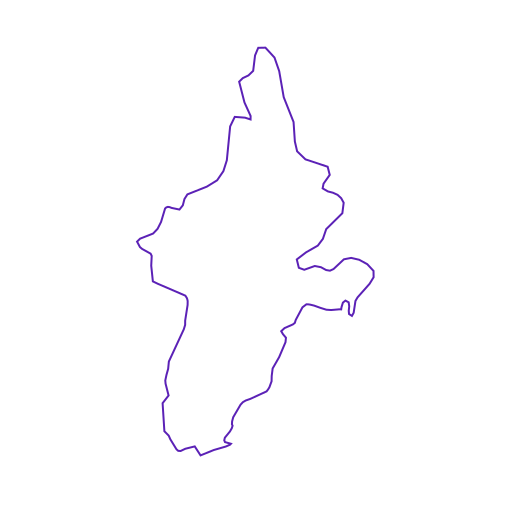 outline of Andijon, rotated 281°
{"feature_id": "UZB-363", "entity_name": "Andijon", "entity_type": "Region", "adm_level": 1, "iso_a3": "UZB", "parent_name": "Uzbekistan", "parent_adm1": "", "projection": "orthographic", "projection_center": [72.284, 40.729], "detail": "fine", "context": "isolated", "style": "outline", "palette": "violet", "viewbox_px": 512, "rotation_deg": 281, "n_neighbors": 0, "source": "natural_earth", "source_scale": "10m", "svg_char_len": 2015}
<svg xmlns="http://www.w3.org/2000/svg" viewBox="0 0 512 512"><g transform="rotate(281 256 256)"><path d="M247.4,136.5L250.9,138.9L258.4,150.7L263.9,154.2L271.3,156.3L285.3,157.7L286.6,158.7L287.4,160.1L287.5,161.9L287.1,164.0L287.0,172.0L291.8,174.5L298.3,174.9L303.4,176.9L314.7,194.5L322.9,203.4L333.1,207.8L344.4,209.1L378.3,205.9L388.5,208.6L389.7,218.8L389.0,224.6L392.4,224.0L404.5,215.4L423.9,206.2L428.1,209.1L431.8,214.1L437.2,217.9L452.7,216.8L458.6,218.0L460.8,218.5L462.3,225.5L454.3,236.3L441.9,243.5L417.2,252.9L394.7,267.3L375.8,272.3L366.6,276.4L360.3,286.1L357.3,309.3L349.7,312.9L339.9,308.5L335.1,308.5L333.1,314.3L332.8,319.4L331.6,324.4L329.0,328.6L325.0,331.9L314.5,332.6L295.8,319.8L285.6,318.4L278.0,314.7L269.2,304.5L260.4,296.7L252.6,300.3L251.7,306.0L257.4,315.6L257.4,321.9L255.6,327.5L255.7,331.4L258.0,334.6L269.5,342.9L270.7,345.8L272.3,349.8L272.0,358.0L269.2,366.8L263.8,374.2L257.6,375.5L250.4,372.8L234.8,363.6L230.9,362.2L218.9,362.7L215.5,361.6L216.8,358.4L219.9,357.5L224.4,357.1L228.2,355.8L229.3,352.3L229.2,352.2L226.8,350.2L222.0,349.7L219.9,349.8L219.9,349.7L219.6,348.1L217.3,340.1L216.7,335.3L217.4,329.0L218.4,322.5L218.6,318.4L218.5,316.5L218.2,314.7L214.5,311.4L200.8,307.2L197.8,306.9L195.9,305.3L190.7,297.8L187.0,295.1L184.4,297.4L181.5,301.0L177.0,301.4L161.1,298.0L148.8,293.8L141.3,294.3L136.0,295.2L129.7,294.2L127.3,293.3L125.1,292.2L114.6,277.6L112.2,273.5L110.0,271.0L107.1,269.2L93.4,264.4L89.1,264.1L86.2,264.5L84.9,265.4L82.3,265.1L78.8,263.9L71.7,260.1L69.0,260.0L67.4,261.1L66.9,267.2L65.8,266.5L63.2,262.7L57.5,251.6L49.7,239.6L57.4,232.2L53.3,223.4L50.2,219.2L49.9,216.8L51.1,214.8L59.7,206.9L63.0,204.6L66.5,199.5L93.7,192.4L102.4,196.8L113.4,191.6L116.5,190.7L122.2,190.8L128.5,191.3L135.8,190.6L170.2,199.1L174.8,199.6L179.1,198.8L194.9,198.2L198.8,197.5L200.4,196.8L201.6,196.1L203.6,194.2L209.9,165.3L211.4,159.6L226.5,155.0L236.2,153.6L238.2,152.1L241.2,142.9L242.6,140.4L247.4,136.5Z" fill="none" stroke="#5b21b6" stroke-width="2"/></g></svg>